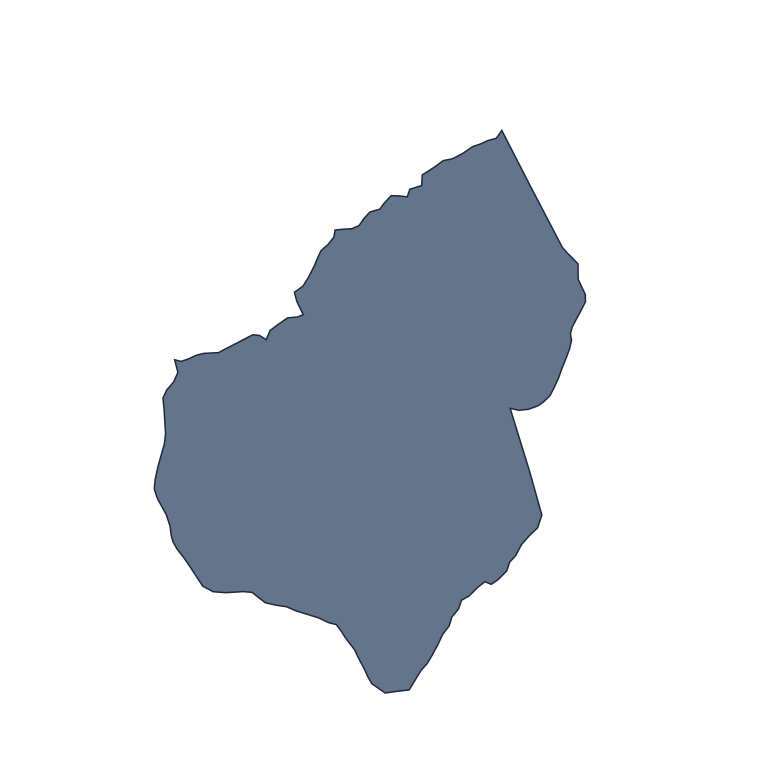 outline of Zacarias, São Paulo, Brazil, rotated 25°
{"feature_id": "56859067B49818137727493", "entity_name": "Zacarias", "entity_type": "district", "adm_level": 2, "iso_a3": "BRA", "parent_name": "Brazil", "parent_adm1": "São Paulo", "projection": "robinson", "projection_center": [-50.053, -21.112], "detail": "fine", "context": "isolated", "style": "filled", "palette": "slate", "viewbox_px": 768, "rotation_deg": 25, "n_neighbors": 0, "source": "geoboundaries", "source_scale": "gbopen_adm2", "svg_char_len": 1838}
<svg xmlns="http://www.w3.org/2000/svg" viewBox="0 0 768 768"><g transform="rotate(25 384 384)"><path d="M523.7,658.3L536.1,650.6L538.6,627.8L541.3,619.1L542.3,609.2L543.0,597.3L543.0,585.9L545.3,576.0L544.0,566.4L546.6,556.6L545.7,547.2L550.8,540.0L554.8,528.9L559.0,520.6L565.9,520.2L570.2,512.9L574.2,501.6L573.2,492.3L575.9,483.8L576.5,471.4L579.7,460.4L584.0,449.4L582.4,436.0L553.1,401.9L508.6,352.7L517.4,350.8L525.6,345.9L532.8,338.7L536.1,332.9L539.4,324.3L539.7,315.2L539.7,305.0L538.7,295.1L538.2,284.5L537.4,274.3L535.5,265.1L531.8,259.8L530.5,252.7L530.9,245.0L531.5,234.8L531.8,224.2L528.6,217.7L522.6,212.8L515.8,207.1L509.1,193.2L501.1,190.1L494.4,187.7L487.9,184.8L434.1,143.6L383.6,104.4L381.9,113.9L375.2,119.5L369.7,126.0L364.1,131.3L357.8,141.9L350.7,151.1L343.4,156.4L337.3,167.3L330.3,178.3L334.3,188.2L325.1,196.6L326.0,204.6L319.1,206.8L310.9,210.2L307.7,220.4L306.3,227.3L298.5,234.1L295.8,242.8L294.5,250.8L289.3,256.8L280.3,261.7L274.6,265.1L276.5,272.1L274.2,281.5L270.6,289.5L270.5,298.2L270.9,305.3L270.5,318.6L269.2,329.7L264.0,338.7L270.3,346.2L281.5,355.3L277.2,359.9L268.7,364.8L262.5,375.4L258.1,383.7L258.5,393.6L250.6,392.6L244.3,394.8L224.7,420.2L220.8,425.5L207.9,432.3L202.1,436.9L196.1,444.0L190.5,449.3L184.0,450.5L192.3,460.6L192.5,471.0L189.6,481.2L189.6,490.2L195.5,500.1L201.0,510.3L207.0,521.3L210.2,530.8L211.8,540.7L213.8,553.1L216.8,566.8L220.2,576.3L227.3,583.8L242.0,594.5L250.2,603.3L255.2,611.3L259.5,616.2L266.1,621.0L276.2,626.1L286.1,632.0L305.1,643.8L316.9,644.5L329.0,639.9L337.1,635.5L344.0,631.7L352.4,628.6L360.5,630.5L369.0,632.4L379.2,630.2L389.8,627.1L400.2,626.8L422.8,623.7L434.7,623.7L442.5,622.2L450.2,626.4L456.0,630.2L469.8,637.4L475.6,642.3L487.5,651.3L492.7,655.9L499.6,660.8L515.7,663.6L523.7,658.3Z" fill="#64748b" stroke="#1e293b" stroke-width="1.5"/></g></svg>